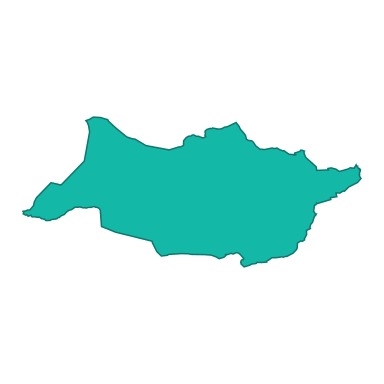 Bray West Lea-4, Wicklow, Ireland (Equal Earth projection)
{"feature_id": "5873133B9923799249207", "entity_name": "Bray West Lea-4", "entity_type": "district", "adm_level": 2, "iso_a3": "IRL", "parent_name": "Ireland", "parent_adm1": "Wicklow", "projection": "equal_earth", "projection_center": [-6.2, 53.173], "detail": "fine", "context": "isolated", "style": "filled", "palette": "teal", "viewbox_px": 384, "rotation_deg": 0, "n_neighbors": 0, "source": "geoboundaries", "source_scale": "gbopen_adm2", "svg_char_len": 2862}
<svg xmlns="http://www.w3.org/2000/svg" viewBox="0 0 384 384"><path d="M266.2,262.1L265.9,261.8L272.1,257.7L276.2,257.7L282.0,256.8L283.4,257.2L284.6,256.6L287.1,256.3L293.1,253.1L296.5,249.6L297.2,248.0L297.5,243.0L300.5,241.1L302.4,241.3L304.6,239.9L304.4,238.8L306.6,234.6L306.5,230.5L310.4,228.5L309.8,227.4L310.9,224.1L312.4,222.5L314.5,216.3L315.7,215.3L316.3,214.0L315.2,214.0L314.5,212.3L313.6,211.6L314.5,205.2L315.8,204.9L316.5,203.2L316.8,203.7L330.8,199.5L330.4,197.7L336.8,196.7L336.0,193.1L337.9,192.9L339.9,193.1L343.0,191.1L344.5,191.2L348.7,187.0L357.5,182.5L361.0,178.5L359.5,176.1L359.6,174.9L359.2,174.5L359.6,174.2L359.4,172.2L360.0,171.9L360.4,170.1L359.7,169.9L360.0,169.4L359.4,169.2L359.5,168.5L358.6,168.5L357.2,166.6L357.5,166.2L356.5,166.0L356.1,164.9L354.1,168.2L350.1,167.8L348.6,168.8L340.4,171.2L338.9,171.2L335.8,169.1L331.2,167.9L327.9,168.5L328.5,169.9L316.7,170.4L316.2,166.8L305.8,157.5L304.3,154.0L303.9,151.4L304.3,151.1L301.9,150.2L300.6,150.2L299.8,151.5L298.7,151.8L294.7,153.0L294.4,154.0L295.6,154.7L294.2,155.1L292.5,154.5L289.1,154.3L284.0,150.7L282.8,150.8L279.7,149.7L276.9,148.0L274.2,148.6L272.2,148.0L264.2,149.6L262.0,149.2L260.1,149.3L255.7,145.8L253.5,142.4L251.9,140.9L248.1,140.3L246.4,139.2L245.6,135.7L244.5,133.9L240.3,129.1L239.1,126.4L236.1,122.5L227.4,126.7L224.5,127.2L221.4,128.9L218.3,129.1L212.5,128.0L211.7,128.7L210.2,128.4L207.0,129.4L205.1,131.1L205.0,132.0L205.4,133.7L204.9,135.2L205.7,136.8L202.8,138.0L198.4,136.2L196.5,136.4L194.0,135.0L192.3,135.0L190.7,136.1L188.6,136.2L186.2,137.6L183.6,140.8L183.5,145.4L180.7,146.9L179.0,146.9L169.2,149.9L146.0,145.6L135.0,139.1L132.3,138.8L126.7,136.9L115.8,128.0L108.6,121.3L107.7,119.7L100.5,117.5L93.2,117.1L89.8,119.2L85.9,120.6L87.3,122.4L88.6,125.7L89.6,131.9L84.3,161.1L61.1,185.0L51.0,182.7L36.5,197.7L34.2,202.2L33.6,205.5L30.1,209.7L29.3,210.1L27.5,210.0L26.0,210.9L23.0,211.3L23.7,212.6L23.3,213.9L25.6,215.1L27.0,214.9L28.1,216.2L30.9,215.3L31.8,216.7L32.9,216.9L35.0,216.8L37.4,217.4L39.3,217.1L41.4,218.6L44.6,219.3L46.0,220.6L50.3,220.4L51.5,219.5L56.6,218.9L58.5,217.4L59.2,217.5L61.2,215.8L64.3,214.5L66.7,211.9L69.4,210.1L71.5,209.7L75.2,207.1L78.1,207.3L79.5,206.9L83.4,207.9L85.0,207.7L86.2,208.1L88.2,207.4L91.3,207.4L93.0,206.7L94.7,206.6L95.5,207.3L96.9,207.3L99.0,208.3L100.3,210.1L101.5,226.5L115.7,232.2L152.1,241.2L152.4,242.8L156.8,251.6L161.3,256.0L167.4,255.3L168.7,254.4L181.5,253.6L188.7,253.8L191.1,254.4L204.2,254.6L211.2,255.1L216.1,256.9L219.2,258.7L223.8,257.3L225.9,255.5L225.5,254.7L226.1,254.4L227.6,254.6L230.7,253.4L233.3,254.0L235.9,252.8L237.3,252.7L238.8,253.3L240.5,254.8L243.7,258.5L243.2,259.7L242.1,259.7L241.2,260.5L240.7,262.5L241.2,263.1L241.0,263.9L244.1,266.9L250.0,265.1L251.5,264.1L256.2,263.5L256.9,262.4L261.9,262.5L266.2,262.1Z" fill="#14b8a6" stroke="#0f766e" stroke-width="1.5"/></svg>